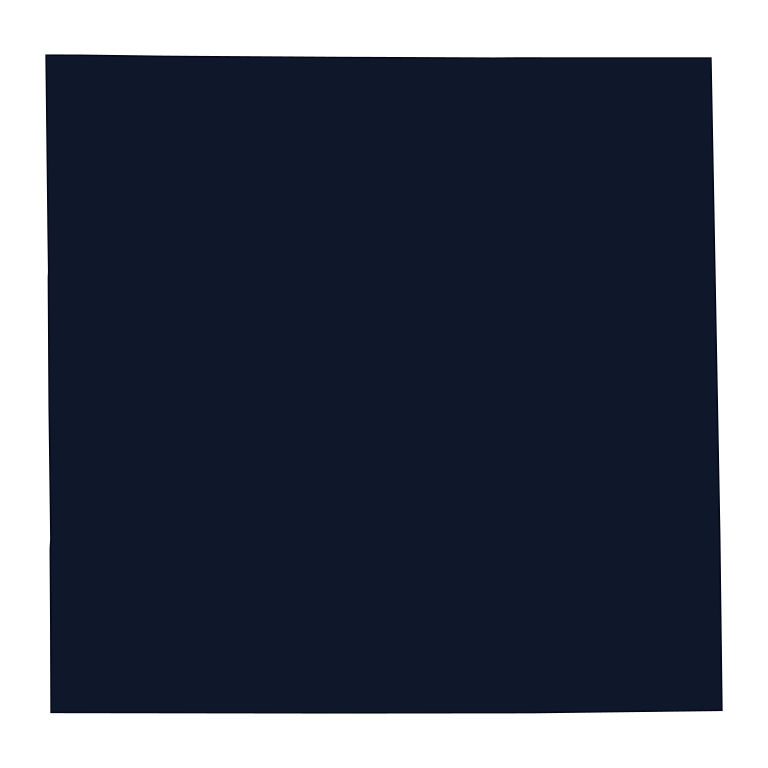 outline of Elkhart, Indiana, United States of America
{"feature_id": "52423323B1645348206276", "entity_name": "Elkhart", "entity_type": "district", "adm_level": 2, "iso_a3": "USA", "parent_name": "United States of America", "parent_adm1": "Indiana", "projection": "robinson", "projection_center": [-85.898, 41.598], "detail": "fine", "context": "isolated", "style": "filled", "palette": "ink", "viewbox_px": 768, "rotation_deg": 0, "n_neighbors": 0, "source": "geoboundaries", "source_scale": "gbopen_adm2", "svg_char_len": 454}
<svg xmlns="http://www.w3.org/2000/svg" viewBox="0 0 768 768"><path d="M721.9,710.3L719.7,535.3L710.9,58.1L604.0,58.1L562.0,58.1L561.2,58.1L522.3,58.0L520.6,58.0L493.7,58.2L360.5,57.6L355.7,57.6L332.9,57.5L190.8,56.6L190.6,56.6L163.7,56.4L81.6,55.3L46.1,55.2L48.0,217.2L48.0,221.0L48.7,271.9L48.4,277.5L49.2,407.4L50.9,539.1L50.3,549.2L50.8,624.7L51.1,712.4L337.8,712.8L531.5,712.6L721.9,710.3Z" fill="#0f172a" stroke="#020617" stroke-width="1.5"/></svg>